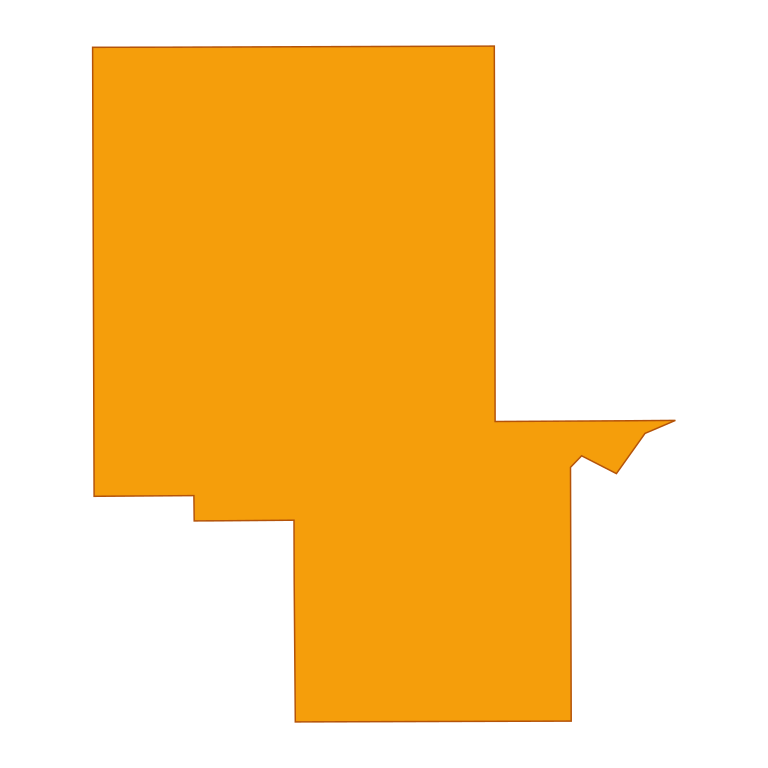 outline of Montgomery, Mississippi, United States of America
{"feature_id": "52423323B94631767050196", "entity_name": "Montgomery", "entity_type": "district", "adm_level": 2, "iso_a3": "USA", "parent_name": "United States of America", "parent_adm1": "Mississippi", "projection": "orthographic", "projection_center": [-89.583, 33.482], "detail": "fine", "context": "isolated", "style": "filled", "palette": "amber", "viewbox_px": 768, "rotation_deg": 0, "n_neighbors": 0, "source": "geoboundaries", "source_scale": "gbopen_adm2", "svg_char_len": 365}
<svg xmlns="http://www.w3.org/2000/svg" viewBox="0 0 768 768"><path d="M92.6,47.3L94.1,496.3L193.9,495.6L194.2,520.9L217.9,520.8L294.0,520.2L294.2,582.5L295.3,721.9L571.2,721.1L570.5,467.3L581.6,455.8L616.4,473.6L645.0,433.4L675.4,420.4L622.8,420.8L495.1,421.5L494.8,220.7L494.3,46.1L167.9,47.2L92.6,47.3Z" fill="#f59e0b" stroke="#b45309" stroke-width="1.5"/></svg>